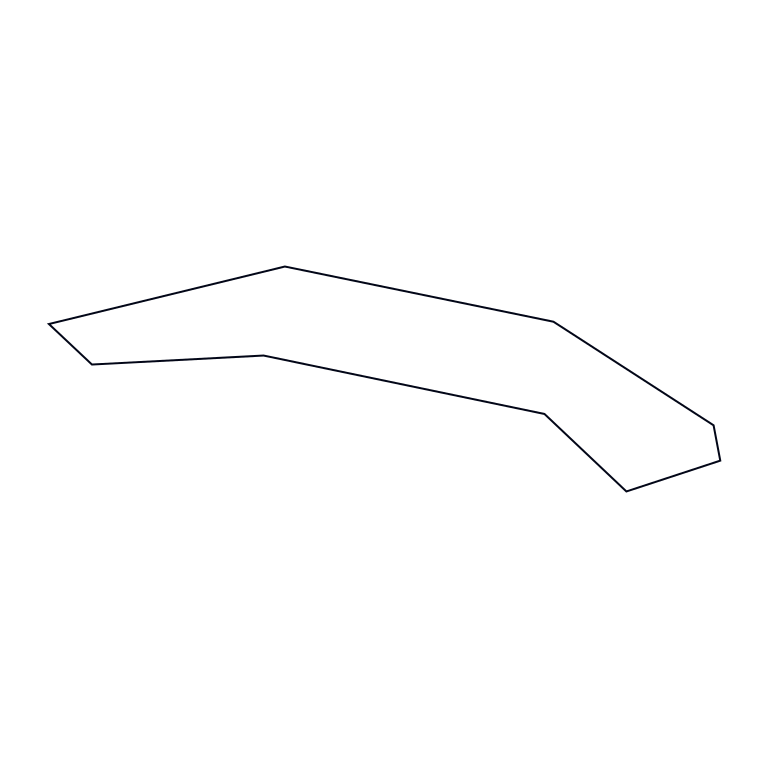 outline of Sanaga-Maritime, Littoral, Cameroon, rotated 86°
{"feature_id": "32672807B64707946298331", "entity_name": "Sanaga-Maritime", "entity_type": "district", "adm_level": 2, "iso_a3": "CMR", "parent_name": "Cameroon", "parent_adm1": "Littoral", "projection": "orthographic", "projection_center": [9.637, 3.621], "detail": "fine", "context": "isolated", "style": "outline", "palette": "ink", "viewbox_px": 768, "rotation_deg": 86, "n_neighbors": 0, "source": "geoboundaries", "source_scale": "gbopen_adm2", "svg_char_len": 283}
<svg xmlns="http://www.w3.org/2000/svg" viewBox="0 0 768 768"><g transform="rotate(86 384 384)"><path d="M508.1,149.7L483.9,53.9L448.2,58.1L333.7,210.6L259.9,474.7L300.8,714.1L344.2,674.0L347.2,502.2L425.1,226.0L508.1,149.7Z" fill="none" stroke="#020617" stroke-width="2"/></g></svg>